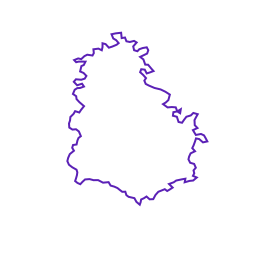 Rio Bom, Paraná, Brazil (Mercator projection), rotated 129°
{"feature_id": "56859067B45209441984237", "entity_name": "Rio Bom", "entity_type": "district", "adm_level": 2, "iso_a3": "BRA", "parent_name": "Brazil", "parent_adm1": "Paraná", "projection": "mercator", "projection_center": [-51.442, -23.797], "detail": "fine", "context": "isolated", "style": "outline", "palette": "violet", "viewbox_px": 256, "rotation_deg": 129, "n_neighbors": 0, "source": "geoboundaries", "source_scale": "gbopen_adm2", "svg_char_len": 2363}
<svg xmlns="http://www.w3.org/2000/svg" viewBox="0 0 256 256"><g transform="rotate(129 128 128)"><path d="M88.5,57.9L87.0,61.4L85.9,64.3L86.7,67.5L90.7,70.9L88.8,76.2L84.3,74.0L83.8,77.9L80.0,81.3L76.9,81.9L73.4,82.5L75.2,86.7L78.7,87.1L82.5,89.7L86.3,89.6L89.9,89.3L91.5,92.5L88.5,97.1L90.2,100.8L87.1,102.7L84.1,100.1L81.9,103.9L84.2,107.2L87.1,110.2L87.4,115.8L84.4,114.7L80.9,114.2L75.7,116.5L76.3,121.8L77.5,126.9L80.2,132.6L81.9,138.6L82.6,142.0L80.9,145.1L77.9,145.4L77.2,149.7L77.0,153.7L74.0,154.7L72.1,151.7L73.8,147.8L71.1,146.0L67.7,144.0L67.2,147.1L66.2,152.2L67.9,154.5L65.0,159.2L65.1,163.3L58.1,160.0L54.8,161.2L53.5,164.2L56.6,166.9L59.7,168.8L62.4,169.0L63.7,172.2L61.3,175.3L56.1,175.1L56.5,178.1L60.0,180.7L61.6,183.8L59.6,187.3L62.1,189.5L58.3,193.3L62.3,197.2L65.5,199.8L67.7,195.8L67.2,192.5L67.9,188.7L70.4,189.2L74.7,191.5L77.6,193.4L76.9,198.2L78.2,201.1L81.2,198.7L84.1,197.3L84.9,200.9L88.6,204.4L91.3,201.7L94.0,201.2L96.7,205.8L99.6,207.1L103.9,207.7L105.3,210.5L109.1,212.6L109.5,209.7L107.3,208.0L103.2,202.8L106.9,202.0L109.2,203.2L114.2,200.8L113.2,197.2L113.7,193.1L116.9,192.7L119.9,194.7L122.9,199.1L126.2,199.2L126.8,194.4L122.5,191.6L123.5,188.3L127.0,190.4L128.9,192.5L131.8,193.5L136.2,192.2L135.9,188.3L137.9,186.2L138.5,182.1L138.7,175.9L143.5,175.9L146.6,175.6L148.2,179.7L151.3,179.2L155.7,179.7L158.6,177.8L161.6,176.7L164.6,173.9L164.2,170.2L161.7,167.6L161.6,164.0L164.0,159.5L166.9,160.2L169.6,159.4L173.2,157.6L175.8,160.0L178.5,158.9L179.7,155.7L184.9,156.8L188.9,155.7L191.9,154.3L193.7,150.8L193.6,146.6L192.8,141.8L194.3,139.5L196.8,138.0L199.6,136.8L202.5,135.7L202.5,132.7L201.7,129.7L198.5,129.5L195.0,129.0L191.9,125.7L190.2,121.9L187.3,118.4L186.2,113.0L182.3,109.0L183.7,105.3L182.2,101.8L181.3,98.4L181.3,95.3L181.2,92.3L179.2,90.0L181.2,87.0L181.1,84.2L178.5,78.9L180.1,75.0L180.2,70.6L177.7,71.5L175.3,72.8L172.7,71.5L169.6,70.5L169.8,66.3L167.4,63.6L162.8,64.5L158.5,64.3L152.4,60.9L152.3,57.9L149.6,56.9L146.2,55.8L145.7,60.9L141.4,58.3L138.5,57.5L134.2,54.0L131.3,51.5L134.5,49.8L130.4,46.9L127.8,44.3L123.2,43.4L124.3,47.4L121.5,48.0L119.7,50.4L116.2,50.3L114.3,54.0L115.9,57.8L114.3,61.3L111.8,62.5L108.3,63.4L103.9,61.3L103.2,65.4L100.2,66.1L96.1,67.5L93.3,68.6L91.8,65.7L92.0,60.7L88.5,57.9ZM84.1,100.1L83.7,96.8L80.2,98.8L84.1,100.1Z" fill="none" stroke="#5b21b6" stroke-width="2"/></g></svg>